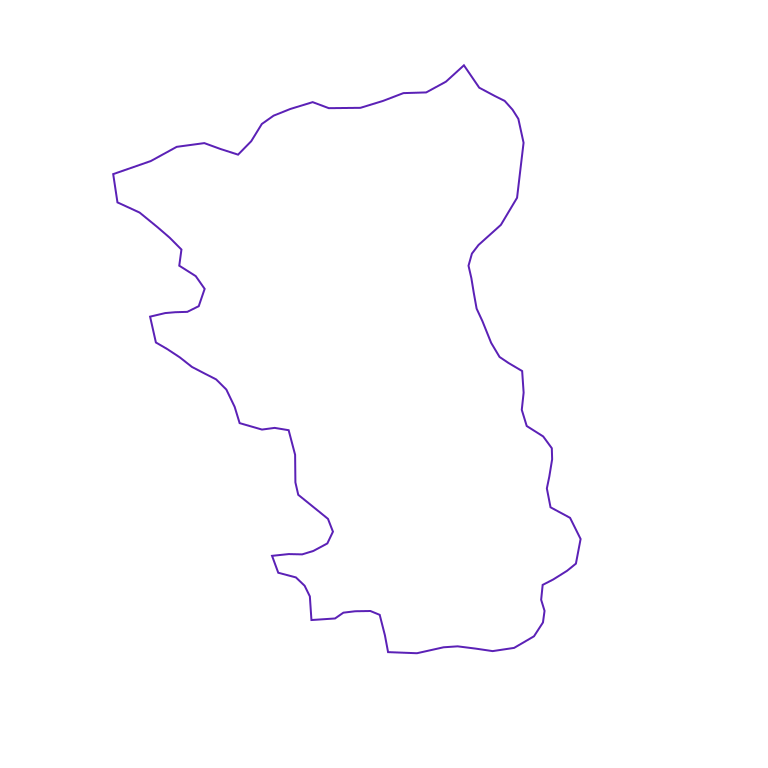 outline of Larnakas Lapithou, Cyprus, rotated 343°
{"feature_id": "46923920B93505429851808", "entity_name": "Larnakas Lapithou", "entity_type": "district", "adm_level": 2, "iso_a3": "CYP", "parent_name": "Cyprus", "parent_adm1": "", "projection": "equal_earth", "projection_center": [33.129, 35.305], "detail": "fine", "context": "isolated", "style": "outline", "palette": "violet", "viewbox_px": 768, "rotation_deg": 343, "n_neighbors": 0, "source": "geoboundaries", "source_scale": "gbopen_adm2", "svg_char_len": 1505}
<svg xmlns="http://www.w3.org/2000/svg" viewBox="0 0 768 768"><g transform="rotate(343 384 384)"><path d="M182.2,132.4L200.4,148.6L213.1,167.6L221.8,181.4L229.6,196.2L222.8,211.0L235.5,225.8L240.3,240.6L229.6,255.4L217.0,257.5L205.3,254.3L195.5,252.2L180.0,251.2L178.0,277.6L186.8,287.1L196.5,298.8L205.3,311.5L216.0,322.0L224.8,330.5L231.6,343.2L234.5,362.2L234.5,379.2L254.0,391.9L266.6,394.0L279.3,400.3L278.3,425.7L270.5,452.2L269.6,464.9L283.2,485.0L291.0,496.6L292.0,510.3L283.2,519.9L267.6,523.0L255.9,523.0L243.2,518.8L226.7,515.6L227.7,533.6L243.2,543.2L249.1,553.7L251.0,565.4L245.6,588.5L268.6,593.9L278.3,590.8L290.0,592.9L304.6,597.1L312.4,603.5L311.4,624.6L309.5,641.6L336.8,651.1L364.0,653.2L377.7,656.4L394.2,663.8L409.8,671.2L431.3,674.4L453.7,669.1L466.3,658.5L471.2,647.9L471.2,636.3L477.0,622.5L488.7,620.4L504.3,616.2L515.0,611.9L526.7,589.7L522.8,566.4L507.2,550.6L509.2,531.5L515.0,520.9L522.8,505.1L525.7,494.5L520.9,480.7L508.2,465.9L508.2,449.0L515.0,433.1L519.9,412.0L509.2,400.3L502.4,391.9L498.5,376.0L496.5,352.7L494.6,339.0L496.5,323.1L498.5,308.3L499.4,295.6L506.2,285.0L515.0,278.7L542.3,266.0L565.7,244.8L577.3,218.4L588.0,194.1L590.0,169.7L587.1,159.2L582.2,148.6L574.4,141.2L561.7,128.5L553.6,102.6L531.6,113.0L509.6,117.5L487.6,111.5L465.6,113.0L442.2,113.0L411.9,104.1L398.2,93.6L374.8,93.6L356.9,95.1L343.2,99.6L328.0,113.0L311.5,122.0L296.4,111.5L282.6,101.1L255.1,96.6L226.2,102.6L186.4,104.1L182.2,132.4Z" fill="none" stroke="#5b21b6" stroke-width="2"/></g></svg>